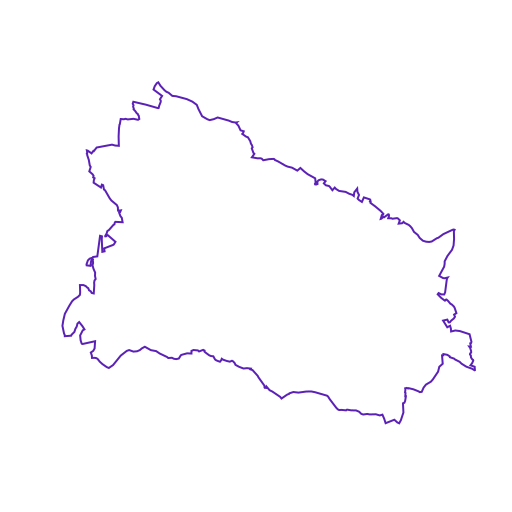 Ceuasu De Campie, Mures, Romania (orthographic projection), rotated 352°
{"feature_id": "2599482B23601231782358", "entity_name": "Ceuasu De Campie", "entity_type": "district", "adm_level": 2, "iso_a3": "ROU", "parent_name": "Romania", "parent_adm1": "Mures", "projection": "orthographic", "projection_center": [24.479, 46.65], "detail": "fine", "context": "isolated", "style": "outline", "palette": "violet", "viewbox_px": 512, "rotation_deg": 352, "n_neighbors": 0, "source": "geoboundaries", "source_scale": "gbopen_adm2", "svg_char_len": 6049}
<svg xmlns="http://www.w3.org/2000/svg" viewBox="0 0 512 512"><g transform="rotate(352 256 256)"><path d="M269.7,397.1L270.0,396.6L274.1,395.9L279.0,397.2L286.9,397.2L291.8,397.8L295.5,399.1L306.9,404.2L307.8,405.2L309.0,407.9L314.2,417.2L315.6,419.2L316.9,420.1L319.3,420.3L323.7,421.4L324.3,420.9L325.1,420.9L328.8,422.1L333.5,422.8L336.5,424.6L338.3,427.0L340.1,427.9L344.2,427.9L346.5,428.7L352.6,429.4L356.4,431.1L359.1,430.7L360.3,435.0L361.1,439.6L370.2,437.4L372.8,440.5L374.5,441.6L376.6,438.8L380.2,431.5L381.0,422.7L381.1,422.3L382.5,422.0L383.5,420.3L384.9,415.8L384.3,415.7L385.0,412.4L384.6,411.9L385.4,408.9L385.3,407.8L387.0,407.6L388.2,408.4L388.7,408.1L393.3,409.9L398.2,412.7L399.2,413.6L401.2,413.6L403.7,409.6L406.4,407.0L411.7,404.8L413.9,402.9L420.2,395.9L422.1,391.2L425.9,388.7L426.4,380.3L427.6,380.4L427.9,379.2L431.7,380.5L433.9,382.4L433.9,383.2L437.9,385.2L438.6,386.1L442.9,389.1L444.5,391.2L448.9,394.9L454.1,397.6L456.6,399.6L456.9,399.5L457.1,396.1L453.2,394.1L455.2,392.1L456.6,389.8L456.5,389.1L455.7,388.4L454.8,386.4L454.9,384.4L454.2,383.3L454.5,382.3L455.6,381.6L455.8,380.1L455.3,376.9L454.5,375.3L456.2,375.7L456.0,372.3L456.9,372.1L457.4,371.0L456.6,363.2L447.4,358.7L443.0,357.5L438.7,357.9L438.9,355.0L438.5,352.1L435.5,353.2L432.3,346.0L436.6,345.6L437.4,348.2L437.8,348.7L438.8,348.6L440.2,347.2L443.1,345.5L444.4,344.1L444.6,343.8L444.0,341.6L446.5,340.5L445.5,335.0L444.9,333.5L443.0,331.1L441.9,330.4L440.0,327.3L438.6,325.6L437.8,325.7L437.1,326.5L436.8,326.5L433.6,323.3L430.6,319.2L431.7,318.1L434.2,319.8L437.0,320.3L438.2,318.4L441.5,306.4L442.0,304.9L442.8,304.0L439.7,304.3L438.2,303.9L434.6,301.2L440.8,292.8L441.7,290.1L442.1,287.5L445.6,282.6L451.0,277.1L453.1,273.1L454.5,266.8L455.4,259.0L456.3,257.7L455.6,257.3L454.3,257.4L444.6,260.4L439.1,263.3L437.5,263.6L432.0,266.1L429.4,266.2L426.4,265.5L423.4,264.1L420.6,260.9L419.1,257.6L415.8,254.1L414.3,250.2L413.0,248.1L411.6,246.5L407.6,243.8L406.9,242.7L405.2,243.9L401.8,243.8L403.4,240.7L401.8,238.6L400.9,238.1L396.3,238.1L395.3,237.5L392.2,237.0L393.3,234.9L393.3,233.4L392.7,233.1L388.2,235.5L387.5,235.0L385.4,236.5L384.7,236.6L386.3,233.0L387.6,232.7L388.0,232.0L385.7,228.7L380.9,223.4L376.8,219.4L377.1,218.4L376.4,217.9L377.1,216.7L376.7,215.8L371.0,213.0L368.4,217.2L365.7,214.8L364.6,213.3L366.5,209.9L365.4,206.6L365.6,203.3L362.2,206.6L361.2,210.2L360.0,208.9L356.9,207.3L353.7,205.0L347.3,203.1L344.5,200.7L343.5,199.2L340.8,201.5L338.7,197.7L337.9,196.8L335.0,195.7L333.3,193.5L335.3,191.6L332.9,189.6L331.2,189.2L328.5,189.7L327.1,190.9L326.9,193.3L325.5,193.6L324.5,193.3L324.4,192.8L325.3,191.5L325.4,187.3L318.6,182.2L315.4,178.9L312.2,175.0L308.8,177.2L303.9,173.5L299.8,171.9L297.5,170.5L291.0,165.4L288.0,163.5L287.7,162.7L287.0,162.3L282.5,161.9L276.5,162.2L275.2,160.4L273.9,159.8L271.2,159.5L265.7,157.7L268.6,154.6L267.8,153.5L266.8,148.8L267.8,147.8L267.3,145.5L266.6,144.0L266.3,141.5L264.5,137.3L262.9,136.5L259.4,133.2L260.5,132.2L261.2,130.8L258.2,129.4L256.7,124.5L254.9,121.9L254.9,121.5L255.6,121.0L254.4,121.0L251.0,120.0L247.8,118.1L237.3,113.5L233.3,114.6L229.0,115.0L226.7,113.7L222.1,110.1L219.5,102.6L218.4,98.1L217.7,97.4L214.5,94.3L209.3,91.0L199.2,86.7L195.4,85.8L192.2,82.2L190.0,80.8L188.4,79.0L185.1,74.2L183.4,70.4L181.9,71.0L179.4,73.7L177.7,76.9L185.3,84.4L182.7,87.4L183.3,88.9L183.1,90.1L181.0,93.8L180.2,95.9L179.7,96.0L168.0,90.8L156.0,86.2L155.1,88.1L155.7,89.6L155.1,90.9L155.5,93.1L155.2,93.7L156.6,95.7L157.8,98.1L158.7,98.9L158.8,99.7L159.4,100.7L159.5,104.1L158.1,104.7L153.8,103.1L148.0,102.9L145.9,102.0L144.2,102.2L141.1,101.5L139.5,106.5L139.1,106.9L138.1,110.5L136.6,118.4L135.5,127.8L131.9,127.0L128.9,125.7L113.3,126.4L110.0,129.6L109.6,129.3L107.4,131.5L104.1,128.3L103.2,127.9L103.3,129.9L102.7,131.1L103.0,131.4L102.9,132.7L103.8,137.5L104.0,143.1L104.7,144.8L102.7,149.0L105.6,152.4L106.3,154.0L105.7,155.5L107.0,156.5L106.0,158.3L105.4,160.8L112.0,166.6L113.3,163.9L114.5,164.6L114.7,169.0L115.5,169.7L116.1,170.9L119.1,178.4L120.5,180.9L125.3,186.2L126.0,188.6L125.7,191.3L126.2,191.5L126.1,192.1L128.5,192.0L127.6,193.6L126.5,194.1L127.3,197.6L128.4,199.5L128.6,204.0L121.5,202.6L120.8,203.3L120.2,205.0L119.2,205.3L114.1,209.7L112.2,210.7L111.3,212.8L109.4,215.3L109.5,215.6L110.4,215.6L111.6,214.5L112.2,214.8L118.8,222.4L116.8,224.8L116.2,225.1L106.7,227.3L106.7,230.3L104.4,230.5L105.6,217.8L106.2,215.1L104.4,214.3L98.8,234.3L94.5,234.3L93.9,234.9L90.9,235.5L88.9,237.0L87.0,240.7L87.0,241.7L90.7,242.7L92.0,238.1L92.7,237.0L93.8,236.2L94.1,236.7L93.4,237.7L93.8,238.2L93.7,240.3L92.8,242.5L93.3,246.1L94.4,250.0L93.8,253.3L94.0,256.5L92.7,257.7L92.0,259.8L91.8,262.4L90.1,270.5L88.1,269.7L87.5,268.0L85.9,266.7L85.4,264.5L84.5,263.8L83.2,262.1L81.1,260.8L77.6,260.3L76.8,267.6L76.2,270.0L74.1,271.6L69.6,273.7L67.6,275.2L64.5,278.9L58.7,286.6L56.2,293.0L54.6,298.2L55.1,305.8L55.6,307.7L55.5,308.8L61.9,309.2L62.4,308.3L65.6,305.9L67.0,303.0L68.6,301.0L69.8,298.1L71.7,296.8L74.4,301.4L75.9,304.8L74.1,305.5L70.8,310.2L70.6,315.1L71.1,318.1L71.4,318.7L72.1,319.0L84.8,318.0L83.3,325.1L81.6,327.3L79.0,328.6L79.6,331.7L79.4,334.1L82.2,334.4L83.8,335.0L84.9,336.0L86.5,338.8L88.9,341.7L92.8,345.3L94.7,346.4L99.3,344.1L108.2,335.8L114.8,332.0L117.3,331.5L121.3,333.6L125.0,333.8L127.9,333.0L130.1,331.6L133.3,330.4L138.8,334.6L143.9,336.3L147.0,339.1L153.8,343.6L154.9,344.8L158.6,345.1L160.3,346.3L162.6,347.0L165.3,346.8L167.8,343.8L168.7,343.5L174.2,342.8L178.5,343.6L178.9,341.0L181.0,340.4L185.3,341.4L186.3,342.6L190.6,341.6L191.9,342.5L191.6,343.4L192.3,344.3L195.8,347.8L197.5,348.8L199.8,349.4L200.9,352.4L201.5,353.3L203.1,354.4L205.6,355.7L207.0,354.4L207.8,353.0L209.0,354.1L212.5,355.9L215.4,357.0L217.6,356.4L218.6,357.1L220.0,359.1L220.5,360.9L223.7,363.3L228.0,365.7L231.5,365.8L235.2,366.8L234.7,367.5L236.7,368.5L241.0,374.9L241.6,376.6L246.2,385.4L246.4,386.2L246.1,386.9L246.3,387.7L247.9,388.1L248.3,386.9L250.8,390.8L253.3,392.5L260.4,398.9L261.4,400.7L267.6,397.6L269.7,397.1Z" fill="none" stroke="#5b21b6" stroke-width="2"/></g></svg>